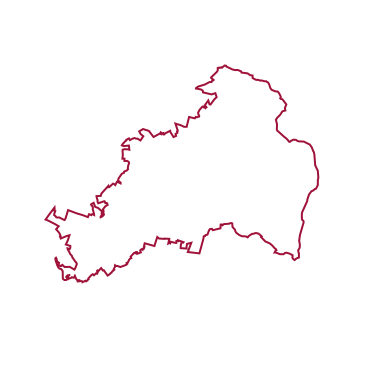 Galesti, Mures, Romania, rotated 293°
{"feature_id": "2599482B64118138183254", "entity_name": "Galesti", "entity_type": "district", "adm_level": 2, "iso_a3": "ROU", "parent_name": "Romania", "parent_adm1": "Mures", "projection": "robinson", "projection_center": [24.743, 46.496], "detail": "fine", "context": "isolated", "style": "outline", "palette": "rose", "viewbox_px": 384, "rotation_deg": 293, "n_neighbors": 0, "source": "geoboundaries", "source_scale": "gbopen_adm2", "svg_char_len": 5978}
<svg xmlns="http://www.w3.org/2000/svg" viewBox="0 0 384 384"><g transform="rotate(293 192 192)"><path d="M264.7,295.0L274.3,290.0L276.4,288.5L276.8,287.8L280.0,284.7L281.7,281.9L282.1,275.2L280.3,270.4L280.2,269.2L280.6,267.3L279.8,264.9L277.7,263.1L276.4,262.5L276.2,261.8L277.9,258.6L278.9,255.0L281.9,246.4L282.4,245.8L287.7,243.7L291.3,241.0L293.8,241.5L297.5,243.0L301.2,243.6L301.9,244.0L303.5,246.1L305.6,244.7L309.5,244.6L312.7,239.0L312.4,237.3L312.7,236.6L314.0,236.7L315.0,235.9L317.1,233.3L317.8,232.0L317.9,231.4L317.2,229.3L317.2,225.4L318.2,223.6L321.4,220.8L322.6,219.1L322.6,217.9L322.9,217.0L322.2,215.2L321.8,212.1L321.2,211.4L321.1,209.1L320.4,207.6L320.3,206.4L320.6,203.3L322.9,202.2L322.3,200.0L322.9,196.8L321.3,190.9L322.2,190.1L322.2,186.4L321.2,184.4L320.6,181.5L320.9,175.2L320.9,174.6L321.5,174.0L321.2,172.6L318.1,171.0L318.3,170.3L317.1,169.2L317.2,168.5L316.2,167.2L314.4,168.1L312.7,168.1L304.9,164.8L304.6,164.9L303.6,168.1L303.2,168.1L303.1,167.3L302.7,167.0L300.8,167.0L300.0,165.1L296.0,161.9L291.4,156.4L289.2,155.1L288.8,155.2L289.9,160.1L289.6,162.0L289.0,162.7L288.0,163.2L289.5,171.9L292.1,174.9L289.0,177.6L285.8,176.3L279.9,174.9L279.5,174.4L279.7,173.7L282.6,171.2L276.9,169.9L275.7,172.2L274.5,171.6L275.3,170.4L274.5,170.0L275.0,168.6L274.8,168.3L270.8,166.9L267.6,166.6L266.3,167.3L264.7,169.0L264.2,169.1L263.6,168.1L262.6,167.3L262.6,166.1L260.9,165.8L259.9,160.0L249.9,161.6L248.9,159.1L249.1,156.1L248.5,150.0L242.8,155.0L242.0,154.5L240.8,155.4L239.0,154.2L237.4,155.4L235.4,153.5L238.8,148.6L239.8,148.0L235.3,144.2L234.3,144.1L234.0,143.8L235.1,142.6L234.7,142.1L233.2,141.6L233.2,140.9L234.6,140.2L234.7,139.9L233.5,139.8L227.6,135.1L231.4,128.4L230.8,122.3L227.2,119.7L225.3,122.0L224.3,125.4L219.3,124.4L219.8,121.0L219.3,119.8L219.2,118.0L217.8,116.3L215.5,114.6L216.7,113.0L214.3,111.1L213.7,111.4L212.7,110.7L208.6,109.3L207.5,109.2L207.6,111.2L210.1,115.8L206.4,117.8L206.3,116.6L205.0,113.1L203.9,111.7L203.0,111.9L198.5,114.1L195.5,114.9L196.3,116.8L194.2,117.6L195.2,120.1L195.2,120.8L195.0,121.9L194.1,122.8L191.1,123.0L188.8,123.6L188.0,124.2L186.3,123.6L184.5,121.7L184.0,121.6L183.2,121.9L181.2,120.2L175.6,119.1L173.4,119.5L173.3,120.7L172.7,122.7L172.0,122.9L172.2,120.5L172.0,118.9L168.4,118.7L169.0,116.7L168.8,116.0L164.1,113.9L163.8,113.3L164.9,112.6L155.1,109.2L152.8,109.5L150.9,105.7L149.3,106.7L147.6,108.3L146.2,108.8L145.0,110.1L149.3,114.9L149.3,115.2L147.9,116.6L148.6,117.9L147.8,118.9L147.2,119.4L144.7,117.7L141.2,116.8L140.2,117.9L138.2,118.6L136.9,119.7L136.1,119.7L134.4,118.9L133.1,117.8L133.6,117.5L135.1,117.9L136.3,117.8L136.6,117.4L139.3,116.4L139.5,115.0L140.6,112.0L140.5,108.7L143.6,105.7L141.2,103.9L140.2,104.9L140.1,105.8L139.5,106.5L137.2,107.5L133.6,110.4L132.6,110.9L132.8,109.2L132.2,108.4L131.4,108.4L131.3,105.9L128.2,106.0L128.0,100.4L127.3,94.2L126.9,85.0L118.7,85.9L116.8,85.8L116.3,85.5L116.7,79.7L115.8,77.8L115.7,76.9L116.5,75.7L116.9,74.1L118.4,73.7L121.0,73.6L121.0,72.6L122.4,72.3L124.0,71.5L115.7,69.4L109.4,68.0L109.5,70.4L109.0,77.8L108.4,82.6L104.6,81.5L102.7,85.4L101.8,86.6L100.1,88.3L99.5,87.8L97.9,89.4L102.4,93.7L104.3,96.1L98.9,96.6L94.4,96.4L94.8,101.1L93.0,101.8L91.6,101.7L91.5,99.4L91.1,99.6L89.5,101.4L88.8,102.6L87.5,103.8L86.2,106.5L84.9,107.5L84.5,108.6L83.9,109.2L83.5,110.1L82.4,111.5L82.0,112.8L80.8,114.1L76.7,114.3L74.6,114.1L75.3,108.7L73.2,104.0L74.3,101.2L73.7,100.9L73.5,100.5L72.9,100.6L72.4,100.0L72.4,98.2L73.3,97.5L74.9,97.3L75.3,95.0L77.7,93.3L78.4,92.5L78.1,92.3L77.4,92.2L75.7,93.2L71.9,96.6L70.1,98.8L69.7,100.1L69.9,101.8L68.6,103.9L61.7,107.0L61.1,109.0L61.9,110.6L62.7,110.9L63.0,111.5L64.1,110.7L64.9,110.9L65.8,110.2L64.6,109.9L64.7,109.4L65.1,109.4L66.5,110.0L67.6,111.5L67.4,111.6L66.4,110.7L64.9,111.5L64.1,111.6L63.8,112.1L65.8,114.3L66.6,114.7L66.7,116.2L67.3,117.2L67.7,117.3L68.4,116.8L69.1,116.9L66.7,119.4L66.0,120.9L66.4,121.8L65.4,121.4L65.0,121.7L66.6,124.5L66.9,125.5L66.7,126.3L66.3,126.5L68.7,128.6L68.4,129.3L68.9,129.5L69.5,130.3L70.6,130.3L71.3,130.9L72.1,130.4L76.1,131.8L77.6,132.8L77.0,134.3L79.7,135.5L79.6,136.5L81.0,136.7L82.2,135.4L83.0,135.7L83.0,136.9L86.5,138.1L84.9,140.7L85.5,141.4L82.1,147.0L84.6,148.6L85.6,148.8L86.2,149.4L87.4,149.5L89.9,150.8L90.1,150.1L92.9,150.3L94.5,149.8L94.3,151.2L94.8,152.5L94.9,155.3L99.2,159.9L100.4,160.4L100.7,159.7L101.1,159.5L102.1,160.5L105.2,160.6L106.8,161.3L107.4,161.9L108.5,160.8L113.1,162.4L114.2,163.5L113.6,163.9L114.3,164.7L115.0,164.3L115.2,164.8L113.7,165.7L116.4,168.5L118.0,167.1L119.9,168.1L119.9,168.5L119.6,169.2L121.2,169.3L121.2,169.8L123.2,169.6L123.3,169.0L126.3,168.5L127.6,178.5L137.0,177.6L136.3,179.9L138.1,185.0L138.4,185.0L140.0,189.4L135.3,190.3L136.4,191.3L136.3,192.0L137.9,191.8L138.5,195.8L139.0,197.4L140.8,196.8L141.3,198.4L142.1,198.0L142.5,203.8L142.0,203.7L141.9,202.7L141.3,202.2L138.8,202.4L135.9,203.5L137.8,209.1L138.6,208.6L142.3,207.7L145.0,211.2L135.1,211.6L138.4,222.8L153.2,220.8L155.8,220.1L156.5,221.2L157.5,221.2L158.8,222.9L162.1,222.7L163.9,222.7L164.8,223.0L165.9,224.7L165.0,226.1L169.7,232.4L173.2,231.1L173.8,232.1L173.3,233.1L174.9,233.9L177.2,238.4L178.6,239.8L178.8,241.3L175.6,243.0L174.2,246.1L172.7,247.4L171.8,248.6L170.9,252.1L170.8,255.2L172.2,259.0L172.0,261.0L173.8,261.5L177.0,263.7L177.3,264.5L179.2,266.8L179.7,269.4L178.6,272.9L178.4,273.5L177.5,273.2L175.1,278.9L175.1,283.5L174.2,286.6L172.6,289.9L172.3,291.3L171.5,292.4L170.7,291.9L168.6,291.7L169.0,292.4L169.1,297.2L170.5,300.6L172.2,301.4L173.0,302.6L173.4,305.8L173.1,309.3L170.6,310.2L169.7,311.7L169.5,313.1L170.8,313.6L172.4,314.8L173.4,316.0L176.9,314.6L179.4,312.7L180.3,312.5L182.0,312.9L183.4,312.7L185.6,311.9L189.0,309.7L191.9,308.9L194.6,308.2L207.8,306.6L209.0,305.8L209.4,304.4L210.1,303.7L214.9,301.6L216.7,301.3L228.6,301.6L230.2,301.1L235.3,300.7L239.3,301.6L240.6,302.9L242.7,303.9L243.5,304.9L247.5,305.1L252.1,303.2L254.8,302.6L260.7,299.5L264.7,295.0Z" fill="none" stroke="#9f1239" stroke-width="2"/></g></svg>